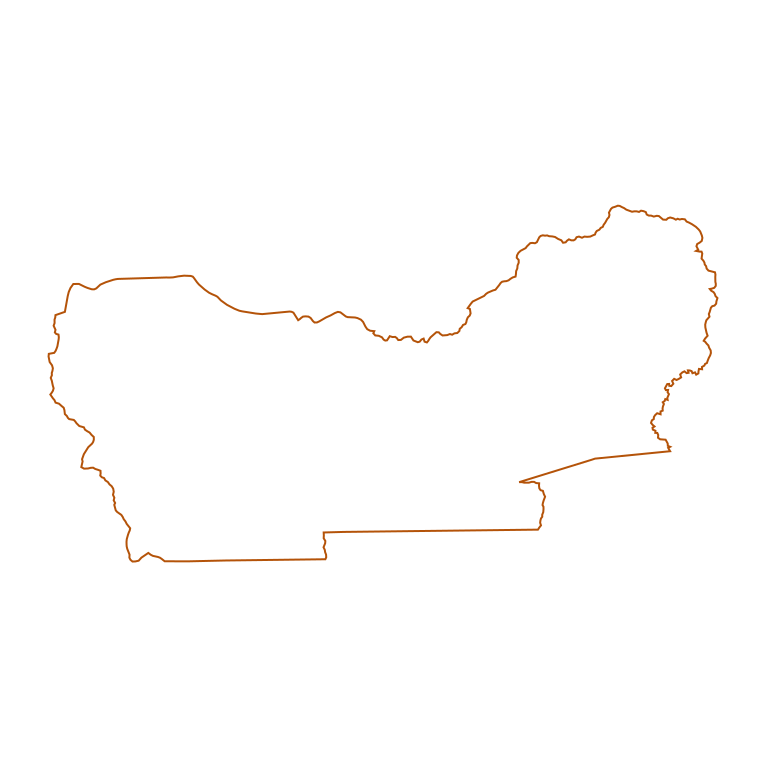 Likuyani, Western, Kenya (orthographic projection), rotated 89°
{"feature_id": "3690345B37507144009314", "entity_name": "Likuyani", "entity_type": "district", "adm_level": 2, "iso_a3": "KEN", "parent_name": "Kenya", "parent_adm1": "Western", "projection": "orthographic", "projection_center": [35.073, 0.767], "detail": "fine", "context": "isolated", "style": "outline", "palette": "amber", "viewbox_px": 768, "rotation_deg": 89, "n_neighbors": 0, "source": "geoboundaries", "source_scale": "gbopen_adm2", "svg_char_len": 6060}
<svg xmlns="http://www.w3.org/2000/svg" viewBox="0 0 768 768"><g transform="rotate(89 384 384)"><path d="M223.9,87.5L224.8,89.3L223.4,91.8L222.5,95.0L223.3,97.4L224.7,98.8L224.5,102.1L220.9,106.2L220.6,108.3L221.3,111.3L220.3,114.0L220.2,116.4L219.1,118.4L216.7,119.2L215.7,121.5L215.2,124.0L216.4,126.0L215.8,128.3L215.7,130.6L216.1,133.0L213.9,138.7L212.3,140.9L211.3,143.0L210.1,145.1L209.8,147.1L210.8,149.7L211.6,152.5L212.9,154.0L216.6,156.1L218.9,155.6L221.2,156.3L222.9,157.9L226.7,160.1L228.6,161.6L230.7,162.5L231.7,164.6L233.5,166.0L234.7,168.6L236.4,169.8L238.2,170.4L239.0,172.5L240.2,175.2L240.4,178.3L240.1,181.0L241.2,183.5L240.0,186.5L240.6,188.9L242.7,190.2L243.7,191.9L243.6,194.3L242.6,196.6L243.9,198.5L245.5,199.9L245.9,202.5L243.4,204.2L242.0,207.4L240.0,210.4L239.4,213.1L239.1,216.3L238.3,218.3L238.5,220.4L238.1,222.6L238.7,224.8L240.0,226.2L244.9,228.7L245.9,230.6L245.5,233.3L245.7,235.3L248.9,238.7L250.6,240.0L253.2,245.1L255.2,247.3L257.8,248.8L260.1,249.1L262.3,247.2L265.1,247.2L267.8,248.4L270.8,248.7L273.4,249.9L276.7,250.2L278.9,250.6L279.7,253.5L281.1,255.8L282.5,257.6L283.3,259.9L283.4,261.9L283.8,264.1L285.0,265.6L287.1,267.1L291.7,270.9L292.4,273.5L294.4,278.4L295.6,280.3L297.7,282.4L303.1,293.9L305.2,295.7L309.6,299.0L310.5,296.8L314.9,296.2L317.1,297.1L318.8,299.0L321.2,300.1L323.8,300.7L325.5,301.6L326.3,303.9L328.6,305.4L330.1,307.3L332.3,307.7L334.3,309.8L334.6,312.7L335.9,315.0L335.2,317.2L336.2,319.9L336.5,324.6L334.9,326.9L333.3,328.3L333.1,330.7L338.1,336.6L339.8,337.9L341.6,339.0L343.2,340.4L342.4,342.7L339.3,343.6L340.2,345.8L342.3,347.6L342.8,349.5L341.0,353.8L337.1,356.3L337.1,359.7L338.0,363.4L340.2,366.3L340.3,369.0L338.3,370.4L337.1,372.0L337.2,374.7L336.3,377.4L340.4,380.2L340.6,382.0L339.6,383.6L337.3,385.2L335.7,388.4L335.3,391.9L333.1,393.8L331.0,392.8L330.5,396.9L328.9,399.8L326.2,401.6L321.6,403.8L319.3,405.9L317.6,409.4L317.0,411.8L316.5,419.2L315.8,421.0L311.6,426.3L311.1,428.9L312.2,431.9L314.5,436.2L316.4,440.7L320.3,447.7L321.3,450.0L321.3,452.4L319.8,454.0L316.7,456.2L315.3,458.3L315.0,461.3L315.2,463.8L316.4,465.6L317.7,467.1L318.7,468.7L311.1,473.3L310.2,475.1L309.9,477.0L312.0,504.6L311.3,510.9L308.9,524.5L308.2,527.4L306.2,532.1L302.1,539.6L297.6,545.6L293.9,549.0L292.8,550.8L291.3,554.2L289.7,557.3L286.4,561.7L281.3,567.3L279.0,569.2L274.8,572.1L273.3,573.3L272.6,575.3L272.2,582.0L272.8,587.9L273.7,593.0L273.8,596.0L273.7,600.4L274.3,648.3L274.6,650.5L275.1,652.9L277.4,660.4L279.7,665.9L283.4,670.0L284.3,672.1L284.2,674.5L282.8,678.7L281.6,681.5L278.6,687.3L278.6,692.9L282.5,695.8L286.5,697.6L290.6,698.7L306.3,701.8L309.4,711.3L311.6,711.5L313.9,712.3L317.3,712.3L320.0,713.3L324.1,711.5L326.7,712.2L328.2,710.9L328.9,708.6L331.5,708.3L333.5,708.5L340.6,709.9L343.0,710.8L345.2,711.8L347.1,713.2L348.0,718.6L350.6,718.9L356.2,717.9L359.5,715.6L362.5,714.8L365.2,715.3L367.2,716.0L369.4,715.9L372.1,717.1L374.9,716.1L379.7,715.2L382.5,714.4L384.9,715.1L386.7,716.2L388.7,717.8L392.5,715.3L394.3,713.8L396.9,712.7L398.0,709.3L400.6,706.5L402.1,704.7L404.5,704.0L408.5,703.6L410.5,701.6L412.3,700.7L413.6,699.4L414.5,694.8L416.0,693.4L417.8,692.2L420.7,689.4L422.1,684.8L424.4,683.8L426.0,681.6L427.4,679.2L429.8,677.3L431.9,675.1L434.6,675.1L436.8,675.8L438.5,676.9L442.0,680.8L448.9,685.3L453.9,687.2L456.2,686.7L461.8,688.1L463.4,685.4L463.3,681.4L462.7,678.7L462.6,676.3L463.9,674.2L464.8,671.5L465.8,669.0L468.4,668.9L470.6,669.3L472.3,667.8L473.2,665.5L475.5,664.3L477.2,661.8L479.6,660.2L481.4,658.1L483.9,656.6L487.0,656.1L490.1,656.9L493.0,655.6L495.6,656.3L498.3,654.9L500.1,655.8L505.7,654.4L507.4,652.9L510.3,648.9L512.5,647.5L514.6,646.6L516.9,644.9L519.4,643.7L523.8,640.3L526.1,640.8L527.9,641.7L530.3,642.6L534.6,643.9L537.2,644.2L539.8,644.2L541.9,644.1L544.3,643.6L550.2,641.4L553.2,641.6L555.3,640.6L557.1,638.6L557.1,635.9L556.4,632.4L553.4,629.6L548.8,622.6L550.6,620.3L551.8,618.1L553.0,613.0L553.8,611.0L555.1,609.2L557.4,606.4L557.9,583.8L557.7,545.0L558.2,445.7L556.3,444.8L553.6,444.9L551.1,445.8L548.8,446.1L546.2,447.3L542.2,445.6L539.9,445.4L537.2,447.0L534.5,446.8L531.4,446.9L531.2,426.7L532.3,232.6L530.3,231.3L528.1,229.5L525.5,230.3L523.3,230.0L521.2,229.4L519.5,228.1L517.5,228.1L514.9,227.0L511.8,226.7L509.5,226.7L507.8,227.6L505.8,227.2L503.2,226.4L499.5,224.9L496.9,226.1L493.6,227.0L492.9,229.3L491.1,230.5L488.5,230.8L486.0,230.6L485.7,233.6L484.5,235.6L484.4,238.1L485.2,240.9L485.1,245.6L484.5,247.8L484.5,250.6L463.4,177.8L462.3,174.3L456.2,99.1L452.8,101.0L451.8,99.0L450.8,101.3L448.4,101.4L444.6,103.4L444.1,108.9L442.5,111.0L439.8,110.7L437.7,111.6L437.6,113.6L435.5,113.4L434.3,116.0L432.4,116.3L431.2,114.3L429.6,116.1L427.6,117.7L425.0,116.8L423.8,114.9L421.7,114.7L419.9,113.5L418.0,111.4L419.1,108.0L416.3,108.0L415.5,105.8L413.2,105.9L411.3,105.5L408.9,104.5L407.1,105.6L405.8,103.6L404.0,103.0L404.8,100.7L402.9,101.0L399.1,99.3L397.2,100.6L394.9,100.1L395.0,102.3L393.2,103.2L389.0,100.8L388.9,98.9L390.8,98.8L391.1,96.8L388.8,94.7L386.0,95.9L383.9,93.8L385.1,91.4L384.0,89.1L382.6,86.8L379.6,87.7L377.6,85.5L376.6,83.4L378.4,81.2L378.1,79.3L375.7,79.9L375.8,78.0L376.5,76.2L378.6,75.4L377.8,72.8L380.1,71.7L378.9,69.5L376.7,69.3L374.4,68.8L374.8,65.7L372.5,65.8L371.2,63.4L369.5,62.6L368.7,60.8L366.2,59.9L363.6,58.8L361.1,57.4L358.7,56.6L356.1,56.8L353.4,58.3L351.1,59.0L349.2,60.8L347.5,62.0L346.4,63.6L344.2,62.2L341.4,59.6L338.4,60.6L333.1,61.7L330.2,61.8L327.8,61.2L325.9,60.6L322.4,57.4L319.7,58.0L317.9,57.2L313.4,55.8L311.9,54.4L311.4,52.2L309.5,50.5L307.2,50.2L303.9,49.1L301.9,51.0L299.5,51.8L297.9,52.9L296.4,55.3L294.7,56.6L294.3,54.3L293.6,52.1L291.7,50.6L289.6,50.5L287.7,50.9L285.7,50.9L282.7,50.9L280.4,50.7L278.1,51.1L276.3,57.6L274.2,59.4L271.8,59.9L270.1,61.2L268.2,61.5L266.3,62.5L264.2,64.3L259.1,63.5L257.2,64.2L257.1,66.3L256.4,69.6L255.2,67.5L251.7,69.2L249.5,68.4L248.2,66.0L246.5,63.8L243.5,63.1L241.1,63.6L237.0,65.2L235.1,66.6L232.3,69.4L229.6,73.3L227.9,76.3L226.9,78.6L224.6,80.3L224.2,83.3L224.7,85.5L223.9,87.5Z" fill="none" stroke="#b45309" stroke-width="2"/></g></svg>